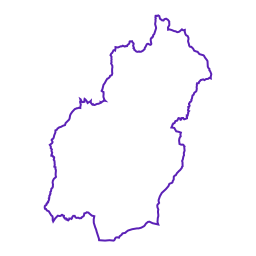 Mogotes, Santander, Colombia
{"feature_id": "7082276B70179238188683", "entity_name": "Mogotes", "entity_type": "district", "adm_level": 2, "iso_a3": "COL", "parent_name": "Colombia", "parent_adm1": "Santander", "projection": "natural_earth1", "projection_center": [-72.971, 6.504], "detail": "fine", "context": "isolated", "style": "outline", "palette": "violet", "viewbox_px": 256, "rotation_deg": 0, "n_neighbors": 0, "source": "geoboundaries", "source_scale": "gbopen_adm2", "svg_char_len": 5757}
<svg xmlns="http://www.w3.org/2000/svg" viewBox="0 0 256 256"><path d="M99.1,240.2L105.0,240.6L109.5,240.2L113.6,240.6L114.3,240.2L114.8,239.4L115.1,238.4L116.0,237.5L117.1,237.3L119.0,237.7L119.6,236.3L121.5,234.9L122.5,233.4L125.4,232.8L126.3,231.8L128.1,230.5L132.2,229.2L136.9,228.4L138.6,228.4L141.2,227.7L144.0,226.2L144.7,225.5L146.0,223.5L148.0,221.9L149.5,221.7L152.6,223.2L158.3,224.5L157.5,222.1L157.8,218.0L158.3,216.2L158.3,214.7L158.0,212.4L158.0,211.0L158.3,209.5L157.4,207.1L157.3,205.4L157.6,204.5L158.5,203.7L159.1,202.9L158.6,201.1L158.6,200.1L159.9,196.3L161.8,192.9L165.8,189.2L168.4,186.2L169.4,183.8L172.0,182.8L172.5,182.3L172.7,181.2L173.7,179.5L173.8,176.7L174.6,175.7L175.8,175.2L176.9,173.2L179.3,170.7L180.0,170.2L181.8,167.9L182.0,166.9L182.6,166.3L182.5,162.1L182.1,161.0L182.8,159.5L183.4,156.4L184.0,155.3L183.8,153.0L184.6,150.6L184.3,147.8L184.3,146.7L184.5,146.4L183.9,145.9L183.6,145.1L182.9,144.6L181.2,144.7L179.5,144.0L179.1,140.5L179.3,138.8L180.0,137.1L180.7,136.4L180.4,134.3L180.9,132.6L178.6,131.8L176.2,131.3L174.3,128.0L173.7,127.8L171.4,127.5L172.3,125.5L172.6,124.4L173.1,124.0L173.2,123.5L174.5,123.1L175.4,121.1L177.2,120.6L178.5,118.1L179.9,118.4L180.3,119.6L180.6,119.8L181.2,119.5L181.4,118.3L181.8,118.0L183.2,118.0L183.8,119.0L184.2,119.3L187.0,118.3L187.0,117.1L186.7,116.5L186.9,116.1L186.8,115.4L187.7,115.4L187.8,114.4L188.2,113.5L188.1,112.3L189.0,111.1L188.3,110.8L188.0,110.2L188.1,109.5L188.7,108.1L188.3,107.4L188.2,107.0L189.3,106.5L189.5,105.7L189.6,105.3L189.0,104.5L189.0,103.6L189.5,103.1L189.9,102.1L190.7,101.8L191.5,100.6L191.3,99.8L191.9,98.7L192.5,95.5L193.7,94.6L194.0,93.4L194.4,92.7L196.0,91.5L196.4,90.9L196.8,88.7L196.6,87.2L196.9,85.6L196.8,84.2L197.1,83.8L197.1,83.3L198.7,83.2L199.1,81.8L199.6,81.4L200.8,80.0L201.6,79.9L202.2,79.6L203.3,79.4L204.4,80.1L206.2,79.0L208.0,78.9L209.4,77.8L210.8,78.4L210.7,77.0L211.3,74.1L210.1,71.1L209.4,70.4L209.4,68.9L208.5,68.1L207.8,66.7L207.5,61.1L207.0,60.2L205.0,57.6L204.0,55.8L203.5,55.3L199.4,54.1L197.6,51.8L196.6,51.6L194.2,50.7L193.1,48.6L191.3,46.8L190.2,46.8L189.7,46.5L189.1,45.4L189.0,44.4L188.1,41.5L188.1,40.7L188.5,39.1L188.4,37.7L187.6,36.0L186.2,35.3L185.5,34.3L184.8,32.0L184.8,29.9L183.4,30.3L182.3,29.9L181.9,29.4L179.4,31.6L177.9,32.1L177.1,32.1L175.6,31.3L174.2,31.1L171.6,30.0L169.4,29.4L168.1,29.7L168.0,27.4L169.3,25.2L169.3,23.5L169.1,22.8L169.3,22.0L169.2,21.5L167.9,19.8L166.1,18.7L164.4,19.2L163.5,20.5L162.0,20.3L161.6,19.7L160.6,19.3L160.0,18.7L159.3,16.1L158.2,15.4L156.9,16.1L156.2,15.7L155.6,15.8L155.4,17.7L155.8,18.5L155.4,19.5L155.6,20.8L155.1,24.1L156.0,27.2L156.1,28.2L154.2,34.1L153.1,35.2L153.1,36.3L152.6,37.2L152.3,37.6L151.7,37.5L150.8,38.8L150.7,40.5L151.3,43.7L151.2,44.2L150.6,44.8L149.8,44.7L148.2,43.8L147.3,43.9L146.7,44.4L145.6,46.8L144.9,47.6L144.6,49.2L143.4,50.2L143.1,50.6L141.1,51.7L139.7,51.8L139.0,51.4L138.1,51.8L137.1,51.8L136.0,51.3L134.9,50.1L134.3,49.8L134.2,48.9L133.5,48.2L133.9,47.7L133.1,45.7L133.7,43.9L133.5,43.3L132.6,42.4L132.0,41.2L131.4,41.4L130.0,41.3L129.6,41.6L129.6,42.3L129.1,43.7L127.4,45.1L127.1,46.1L126.8,46.2L125.3,46.1L125.0,46.5L124.5,46.5L122.8,45.7L121.7,46.4L120.8,46.3L117.9,47.5L115.5,47.1L115.5,48.5L115.1,50.5L114.4,50.1L113.5,50.3L112.2,52.9L111.8,53.1L111.2,53.7L110.5,55.2L111.5,56.6L111.4,58.5L111.6,59.6L111.3,60.8L111.6,62.1L111.1,63.4L112.3,65.7L112.4,67.3L112.1,69.0L112.1,72.2L112.3,73.0L112.2,73.9L111.7,75.2L110.1,75.8L109.8,76.9L108.4,78.3L107.3,78.7L106.2,80.4L104.7,83.2L103.5,84.8L102.4,89.3L101.6,90.9L102.2,91.4L103.5,92.0L103.6,94.0L103.4,96.1L103.5,97.2L104.5,100.0L105.3,100.8L103.8,100.5L103.6,101.0L102.3,101.6L101.3,102.5L100.7,102.2L100.8,102.7L100.5,102.9L98.5,103.8L97.0,103.9L94.7,105.0L93.3,104.8L93.0,104.3L92.5,104.7L92.3,104.6L90.9,102.8L90.7,102.0L90.8,100.9L90.0,101.7L89.1,102.0L87.6,103.0L86.7,101.1L85.3,99.4L84.6,98.9L84.5,99.3L84.4,101.8L82.9,102.1L82.1,102.0L81.6,101.6L80.6,99.3L80.3,99.1L80.6,100.1L80.5,101.1L80.1,101.7L80.2,102.5L80.8,104.6L80.3,106.9L80.3,108.0L78.6,107.8L77.7,108.2L76.5,108.3L75.8,108.8L75.1,108.9L74.4,109.5L72.2,111.9L70.8,113.9L70.1,115.4L69.6,118.4L69.1,119.6L65.6,123.1L65.0,125.1L63.1,125.7L60.7,127.0L59.2,127.3L58.5,128.0L57.6,128.4L56.8,129.8L55.4,130.4L55.4,132.4L54.2,135.4L53.9,136.9L53.4,138.3L52.9,138.9L52.3,139.1L51.8,139.6L51.6,140.1L52.5,141.7L52.5,142.4L52.0,143.2L49.8,144.9L50.5,145.9L50.9,146.9L50.7,148.1L50.8,148.4L51.5,148.9L51.9,149.6L51.5,150.4L51.5,151.1L52.2,152.6L52.0,153.5L51.5,154.6L51.3,155.7L51.8,155.8L52.4,155.5L52.7,155.8L52.9,156.6L53.7,156.9L54.1,157.2L54.2,157.9L53.7,159.6L53.8,160.0L54.3,160.4L54.6,162.1L54.6,163.5L54.8,164.8L54.3,166.7L55.5,167.2L55.4,169.0L55.8,169.7L55.9,170.7L55.6,174.3L55.8,176.5L56.0,176.8L55.9,177.1L53.9,178.8L52.9,180.7L52.6,182.6L53.0,184.5L52.8,186.3L52.9,186.6L52.5,187.7L51.4,188.7L51.0,191.2L50.3,192.0L50.5,193.7L50.1,194.0L50.0,195.0L49.4,195.6L49.3,197.6L48.8,198.2L49.2,198.8L48.7,200.7L47.9,201.7L48.1,202.4L47.8,202.7L46.8,203.3L46.5,203.9L46.7,204.2L46.6,204.6L46.1,205.2L45.3,205.5L44.8,206.2L44.7,207.7L45.0,208.8L46.0,209.0L46.8,210.4L48.8,211.3L51.2,215.3L52.4,216.2L52.7,217.4L52.7,220.2L53.2,221.5L55.2,218.4L57.8,215.7L59.3,216.0L60.7,215.9L61.7,214.9L62.4,214.9L62.8,215.2L63.2,215.9L63.9,215.9L63.8,217.1L64.3,217.5L64.6,218.4L64.9,218.6L65.5,218.4L66.2,218.5L66.4,219.5L67.1,219.3L67.5,220.1L68.2,220.4L69.3,219.2L69.3,218.5L70.8,218.5L71.5,218.9L72.2,217.8L72.2,217.2L73.2,215.9L74.7,215.9L75.5,217.4L76.4,217.9L78.3,217.7L79.4,218.3L81.3,218.1L81.6,217.4L83.5,216.2L83.9,215.7L84.3,213.4L85.7,213.1L86.7,212.3L88.5,212.6L89.1,213.3L91.8,215.6L94.3,216.2L93.7,219.4L93.8,222.8L95.2,227.3L96.1,229.5L96.7,231.8L98.9,238.6L99.1,240.2Z" fill="none" stroke="#5b21b6" stroke-width="2"/></svg>